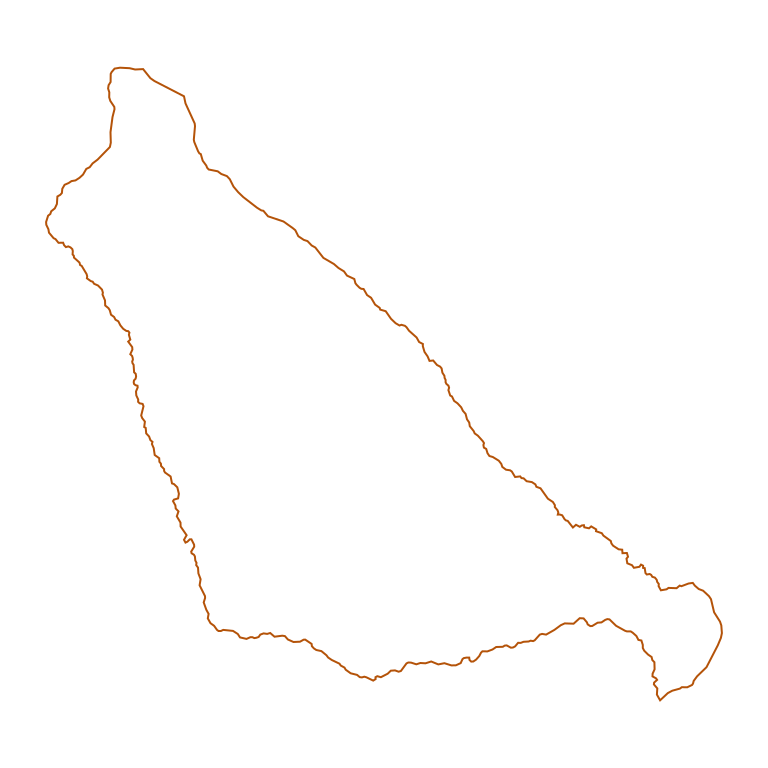 Santa Rita do Pardo, Mato Grosso do Sul, Brazil
{"feature_id": "56859067B17478005205840", "entity_name": "Santa Rita do Pardo", "entity_type": "district", "adm_level": 2, "iso_a3": "BRA", "parent_name": "Brazil", "parent_adm1": "Mato Grosso do Sul", "projection": "orthographic", "projection_center": [-52.737, -21.229], "detail": "fine", "context": "isolated", "style": "outline", "palette": "amber", "viewbox_px": 768, "rotation_deg": 0, "n_neighbors": 0, "source": "geoboundaries", "source_scale": "gbopen_adm2", "svg_char_len": 6066}
<svg xmlns="http://www.w3.org/2000/svg" viewBox="0 0 768 768"><path d="M692.8,582.9L688.6,583.5L681.4,586.2L679.7,585.6L676.6,588.2L668.5,587.9L666.6,589.3L660.9,590.3L658.6,586.1L658.8,584.0L657.2,581.9L656.7,579.8L654.9,577.6L652.3,576.8L651.2,574.9L649.7,574.0L646.8,574.5L645.5,573.1L644.7,568.1L643.1,567.9L643.1,565.7L641.0,564.6L639.4,566.8L633.9,567.8L632.0,565.2L627.3,563.3L626.5,558.6L628.0,556.8L626.9,553.0L622.5,553.2L622.2,549.7L618.6,549.3L613.1,545.7L611.4,543.4L610.8,541.0L603.4,535.6L601.8,533.2L596.0,531.2L596.2,529.4L591.2,526.4L589.0,528.3L584.3,527.3L583.9,525.2L581.7,525.5L579.8,526.8L576.0,524.8L572.9,527.5L567.7,520.9L565.9,520.4L564.5,519.1L562.2,515.3L559.7,514.5L557.8,514.6L558.3,512.4L557.5,510.2L554.8,507.0L554.9,505.2L552.9,502.0L547.9,498.7L540.5,488.3L536.4,486.8L535.4,484.4L531.9,482.1L526.6,481.2L523.6,478.3L521.5,478.1L520.2,476.4L515.1,477.0L511.8,471.5L510.1,470.3L506.0,469.7L502.3,466.9L501.3,463.9L498.8,460.7L492.8,457.0L489.4,456.0L487.5,453.2L486.2,448.9L483.9,447.6L483.4,445.0L484.0,443.1L482.9,441.3L477.9,435.7L474.7,433.4L473.7,431.1L469.8,426.2L469.2,422.5L467.0,419.3L465.6,413.9L462.9,410.8L461.2,407.3L457.5,403.3L454.1,400.9L452.0,396.5L450.2,395.5L448.4,390.1L449.1,387.7L448.4,385.6L446.4,383.9L445.6,382.3L445.6,379.9L444.6,377.9L444.4,375.8L442.4,372.7L441.6,368.4L440.1,366.6L437.0,365.0L433.2,360.5L429.5,360.9L427.6,356.4L424.5,351.9L422.8,346.1L422.9,344.0L419.1,342.0L416.6,337.5L409.0,330.7L406.5,327.2L404.9,325.8L401.4,324.8L399.5,325.5L395.6,323.2L391.0,318.8L385.7,311.2L380.2,309.6L379.7,307.9L375.1,304.6L371.1,297.8L367.1,295.1L363.6,289.0L361.3,288.8L359.6,287.8L356.6,284.8L355.4,283.2L354.3,279.0L347.0,275.6L344.0,271.4L338.5,268.0L333.9,264.0L323.4,257.9L315.3,247.5L311.7,245.5L307.5,241.1L303.8,239.9L298.3,236.2L295.3,230.2L292.9,228.2L283.5,221.5L268.0,216.3L263.4,210.8L261.3,210.4L257.0,207.7L243.4,197.2L238.2,192.2L233.5,186.6L229.8,179.2L226.9,176.1L221.3,174.0L217.7,171.3L208.7,169.5L207.1,167.7L206.3,165.6L202.7,160.7L200.8,154.1L199.4,153.4L198.1,151.3L194.3,142.1L193.8,139.8L195.0,126.2L194.7,123.5L185.5,103.4L184.0,96.3L154.4,81.0L150.4,78.2L143.1,69.1L135.1,69.5L129.7,68.2L120.0,67.7L114.6,68.6L111.6,72.1L110.7,73.9L110.6,82.0L108.6,85.2L108.1,88.5L109.3,92.3L109.2,97.3L110.3,100.9L114.3,106.9L114.5,109.2L112.5,117.1L110.5,132.2L110.8,142.7L109.9,147.0L97.6,159.6L92.6,163.4L89.7,167.2L86.3,168.9L83.0,174.6L79.5,177.8L75.5,180.4L71.5,181.1L68.7,183.0L64.6,184.8L62.3,188.8L61.9,193.0L60.3,194.8L57.4,196.5L56.9,204.0L54.8,208.4L51.2,211.3L50.3,214.0L48.1,215.7L46.1,222.0L46.3,224.8L48.4,229.2L49.0,232.7L53.6,238.2L55.5,239.1L58.5,242.8L63.1,242.7L64.1,245.2L65.9,247.1L68.3,246.4L70.5,247.4L72.3,249.1L72.8,251.0L72.6,254.5L73.8,255.7L74.0,257.6L79.5,262.6L80.1,265.0L81.7,265.9L86.6,274.1L87.2,276.3L86.9,278.3L90.8,281.1L92.7,281.7L94.1,283.8L98.0,285.5L102.0,289.6L102.9,292.7L102.5,294.5L105.0,300.4L105.2,305.5L108.5,308.2L109.8,310.3L111.0,314.7L114.1,317.0L115.5,319.7L118.3,321.3L120.4,325.4L123.2,328.8L126.3,330.9L128.3,331.2L129.4,332.6L128.9,334.8L130.3,339.6L128.2,341.6L132.2,347.1L132.4,349.6L130.3,354.2L132.1,356.0L132.7,358.0L132.9,359.7L132.2,361.5L132.5,363.2L133.6,364.8L134.1,372.3L135.7,373.8L136.1,376.4L135.6,378.7L134.0,380.4L133.7,382.2L134.0,383.9L135.5,385.2L137.5,385.7L137.7,387.4L136.0,391.5L136.3,395.4L138.2,399.5L138.1,401.8L139.6,403.3L142.6,403.9L143.5,406.2L141.2,415.5L142.2,418.1L144.9,421.6L144.2,427.0L145.7,427.9L146.2,433.4L149.1,436.5L150.4,440.1L152.5,441.9L151.9,444.0L153.7,448.1L154.7,455.0L159.2,458.2L159.4,461.8L160.9,463.6L161.1,466.0L164.1,469.1L164.1,470.9L165.0,472.5L170.6,476.5L172.0,483.4L174.0,484.1L177.3,487.3L178.9,493.8L178.1,498.4L174.0,499.6L173.0,501.1L175.4,505.4L175.7,508.5L178.5,511.4L176.8,516.3L180.5,522.6L180.6,526.5L186.6,535.2L184.0,539.8L185.5,542.6L187.4,541.7L189.8,539.3L191.4,539.3L194.1,544.7L194.2,546.7L191.2,551.6L191.6,553.3L193.9,554.7L194.9,556.4L195.3,560.5L196.5,562.8L196.2,565.1L198.0,567.6L198.4,573.4L200.6,579.2L199.6,585.3L205.0,596.1L205.1,598.0L203.7,602.4L206.3,609.7L208.6,613.9L207.8,618.4L210.5,623.2L214.1,625.8L217.0,629.9L218.5,631.0L220.9,631.0L223.2,629.9L233.0,630.9L237.8,634.0L240.0,637.4L246.5,638.9L250.4,637.2L252.4,637.2L254.3,638.1L256.2,637.8L258.6,637.0L260.3,634.6L263.6,633.4L267.2,633.9L270.2,633.0L274.5,636.7L282.3,635.7L284.9,636.1L287.9,639.5L293.5,642.0L300.0,641.7L303.6,639.7L305.2,639.6L311.6,643.9L311.9,646.2L313.9,648.4L316.3,650.0L321.4,651.1L326.5,655.3L328.1,657.5L331.8,660.0L339.5,663.7L340.7,665.5L344.5,667.6L345.7,669.7L350.7,673.3L357.1,674.9L359.7,677.1L361.9,677.4L364.3,676.7L366.4,677.3L373.2,680.6L375.6,679.1L375.5,677.2L377.3,676.2L380.9,677.2L387.7,673.7L390.8,670.7L395.0,670.4L398.6,671.7L400.9,671.0L406.5,663.4L408.3,662.5L411.0,662.6L416.3,664.3L420.4,663.0L425.5,663.3L431.2,661.5L438.3,664.4L444.4,663.2L451.4,665.4L455.9,665.3L460.7,663.1L462.5,659.1L463.8,658.1L466.5,657.6L469.2,657.6L469.5,659.9L471.2,661.6L473.3,661.5L476.1,659.6L479.3,656.0L481.0,652.7L482.4,651.3L487.4,651.4L492.5,649.5L496.2,647.0L502.8,646.8L504.7,645.6L506.7,645.4L510.9,647.7L513.0,647.5L515.1,646.4L518.1,642.8L520.7,642.9L523.5,641.8L528.6,641.5L530.6,640.7L533.1,641.1L534.7,640.3L539.8,634.6L542.1,633.9L546.1,634.6L554.4,629.9L560.8,625.2L564.7,623.4L573.6,623.7L579.7,618.2L583.6,618.4L586.9,622.3L587.7,624.4L590.3,626.1L592.2,626.0L597.6,622.7L601.5,622.4L605.2,619.9L607.3,619.1L609.5,619.4L616.1,625.8L625.1,630.8L626.9,631.4L630.7,631.4L632.7,632.7L636.4,636.0L638.4,639.9L641.4,640.5L642.8,644.9L642.8,648.0L644.2,650.7L648.1,654.6L651.6,657.0L652.3,660.0L654.4,662.2L654.6,669.3L652.6,673.7L652.5,676.4L656.0,678.3L657.1,679.9L654.1,682.6L653.9,684.4L657.3,688.4L656.9,694.6L660.1,700.3L667.8,693.1L672.3,690.7L679.9,688.6L681.8,687.2L687.2,687.3L692.0,685.0L693.0,683.6L693.7,680.9L697.1,676.3L706.5,667.2L717.8,645.3L720.9,637.9L721.9,633.1L721.3,625.4L720.0,621.6L714.1,612.3L711.0,599.2L709.0,596.2L703.1,590.7L698.7,589.0L694.8,585.6L692.8,582.9Z" fill="none" stroke="#b45309" stroke-width="2"/></svg>